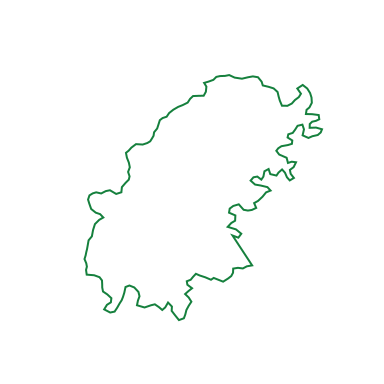 outline of Erval Velho, Santa Catarina, Brazil, rotated 295°
{"feature_id": "56859067B44756131485469", "entity_name": "Erval Velho", "entity_type": "district", "adm_level": 2, "iso_a3": "BRA", "parent_name": "Brazil", "parent_adm1": "Santa Catarina", "projection": "equal_earth", "projection_center": [-51.416, -27.284], "detail": "fine", "context": "isolated", "style": "outline", "palette": "green", "viewbox_px": 384, "rotation_deg": 295, "n_neighbors": 0, "source": "geoboundaries", "source_scale": "gbopen_adm2", "svg_char_len": 2922}
<svg xmlns="http://www.w3.org/2000/svg" viewBox="0 0 384 384"><g transform="rotate(295 192 192)"><path d="M296.0,156.9L293.6,160.5L288.7,162.2L284.2,161.9L282.1,157.6L279.4,152.4L275.6,150.9L271.2,150.3L266.8,146.8L263.3,143.5L258.7,140.3L253.9,137.9L249.5,137.2L246.6,134.1L243.5,132.5L238.9,133.1L234.8,133.6L230.1,132.4L226.7,133.4L223.5,133.1L220.3,132.7L217.5,130.8L214.2,127.3L211.7,121.0L206.6,118.3L202.6,117.1L199.6,115.6L195.6,118.5L191.9,122.4L188.1,125.2L183.2,125.6L179.8,128.8L176.5,129.5L172.1,127.9L166.8,126.4L161.9,128.1L158.2,124.1L158.9,116.9L156.4,113.5L152.3,110.3L151.2,105.3L148.8,102.6L145.6,100.5L141.2,101.0L138.2,103.7L134.0,107.8L132.6,113.5L133.1,118.1L131.4,122.4L127.6,119.7L121.9,117.6L115.7,118.4L109.5,120.0L104.5,118.7L99.3,120.1L95.9,121.0L92.8,121.6L89.6,122.4L85.8,122.9L82.7,126.3L79.9,128.3L76.6,128.9L72.6,131.5L75.2,138.5L75.7,144.2L73.8,147.8L70.4,149.6L67.5,151.0L64.2,153.4L63.4,158.5L61.7,163.8L57.7,165.1L53.8,162.6L48.5,162.0L48.2,168.8L50.9,172.4L55.5,173.1L60.6,173.5L64.1,174.0L67.7,173.8L72.1,173.2L77.8,171.9L80.8,174.8L81.1,180.0L78.8,185.7L75.3,188.5L70.7,188.9L66.1,190.0L67.3,197.8L72.1,202.8L74.5,205.8L73.7,210.6L72.5,214.9L76.1,216.5L81.7,217.0L79.7,222.2L75.7,223.8L73.1,228.8L70.4,234.3L74.1,238.0L78.1,237.7L82.7,236.8L87.5,237.1L92.3,237.8L95.0,233.6L96.6,228.9L100.8,230.7L104.8,232.7L106.0,227.0L108.9,225.0L111.9,227.9L115.5,228.8L119.5,230.1L119.6,234.3L120.3,240.1L120.5,246.3L123.3,248.0L123.9,258.1L128.9,261.3L132.4,263.1L136.2,263.3L140.0,261.7L142.7,265.7L144.2,270.4L147.8,273.1L150.9,277.5L169.7,247.1L170.2,253.3L175.0,254.3L176.7,247.6L175.5,239.1L180.5,240.7L184.2,243.2L189.1,241.2L188.9,234.3L192.9,233.2L196.8,235.3L200.6,239.6L197.7,246.3L198.8,250.5L201.0,253.8L204.7,256.9L208.2,253.0L211.8,255.6L217.5,257.9L223.0,259.3L226.5,262.6L228.3,258.3L226.9,251.5L225.4,246.0L227.1,240.3L231.3,241.5L233.6,244.7L232.5,249.6L236.1,250.2L241.4,248.9L245.2,251.7L241.3,255.4L242.6,261.6L246.2,262.2L250.5,264.1L248.8,268.1L245.5,271.8L243.8,275.7L247.8,278.4L250.2,273.7L253.4,271.4L257.5,273.6L262.9,273.7L261.6,269.6L258.9,266.7L263.0,263.3L262.8,255.2L265.0,251.0L268.1,251.7L271.3,253.7L275.1,259.1L277.9,262.2L281.1,261.1L281.8,255.6L285.0,254.9L288.1,258.3L292.0,259.1L296.6,259.7L299.7,263.6L296.1,267.0L290.1,268.3L290.2,274.7L293.4,277.5L296.8,281.9L300.4,283.5L303.8,283.3L302.8,277.2L299.9,271.5L303.4,270.0L306.5,271.2L308.9,274.3L311.7,276.6L315.3,274.3L313.3,268.0L310.8,262.3L314.9,261.1L318.3,262.7L323.5,262.9L328.1,260.4L331.6,257.2L334.5,252.7L335.8,247.1L330.3,243.7L327.1,249.2L323.1,248.7L318.8,246.4L314.4,245.1L310.5,242.1L308.2,237.1L311.9,233.0L315.1,230.2L318.8,227.3L320.4,222.2L319.7,217.0L318.5,211.1L321.4,208.5L323.9,203.3L322.5,198.3L319.6,194.2L315.8,189.4L313.7,182.3L313.7,176.3L311.2,172.9L308.9,168.4L306.6,165.4L302.7,164.0L299.1,160.4L296.0,156.9Z" fill="none" stroke="#15803d" stroke-width="2"/></g></svg>